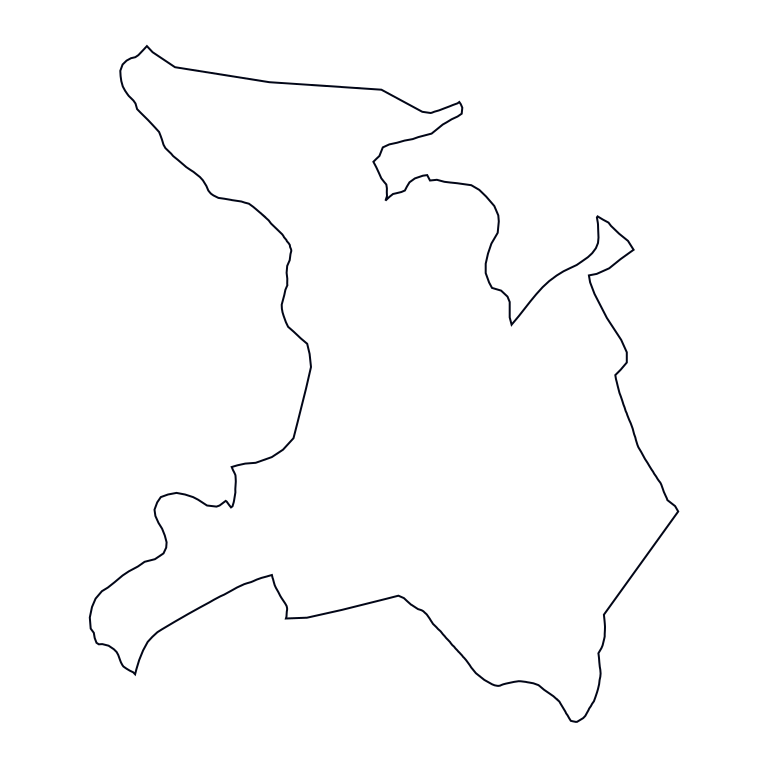 outline of Bois D'Orange, Gros Islet, Saint Lucia
{"feature_id": "8701671B67132891165103", "entity_name": "Bois D'Orange", "entity_type": "district", "adm_level": 2, "iso_a3": "LCA", "parent_name": "Saint Lucia", "parent_adm1": "Gros Islet", "projection": "natural_earth1", "projection_center": [-60.96, 14.059], "detail": "fine", "context": "isolated", "style": "outline", "palette": "ink", "viewbox_px": 768, "rotation_deg": 0, "n_neighbors": 0, "source": "geoboundaries", "source_scale": "gbopen_adm2", "svg_char_len": 6101}
<svg xmlns="http://www.w3.org/2000/svg" viewBox="0 0 768 768"><path d="M630.7,423.2L629.2,419.9L627.3,415.1L626.7,413.2L625.7,411.1L624.5,407.2L623.5,404.7L622.3,400.8L620.8,396.4L619.5,393.0L617.8,386.4L616.7,381.8L616.0,379.2L615.3,375.1L620.6,369.8L626.8,362.5L626.8,352.3L621.2,339.9L606.9,318.0L594.5,293.9L590.1,282.3L588.9,275.4L596.7,273.9L609.2,268.3L620.6,259.1L630.9,251.7L633.6,249.8L628.0,240.9L619.1,233.7L611.0,225.9L608.5,222.6L603.1,219.7L597.6,216.4L596.9,217.4L597.8,222.7L598.0,224.4L598.2,230.3L598.5,237.6L598.0,243.0L595.9,248.2L592.2,253.2L587.9,257.2L582.2,261.2L576.7,265.0L569.9,268.2L563.5,271.3L556.7,275.5L549.3,281.0L542.6,287.2L536.2,294.3L530.5,301.2L518.8,316.1L512.0,324.2L511.6,324.7L509.7,317.4L509.7,302.0L507.5,296.6L501.1,290.6L492.0,287.9L489.1,282.5L485.7,273.1L485.7,263.7L488.0,253.6L491.4,243.6L497.7,232.8L498.8,221.4L498.3,215.4L494.3,206.0L486.2,196.6L479.3,189.9L471.3,185.2L457.0,183.2L450.1,182.5L444.4,181.8L436.9,179.8L430.0,180.5L427.2,175.1L422.9,175.7L414.9,178.4L409.5,182.3L406.9,186.6L404.9,190.5L401.4,192.0L396.5,193.2L393.0,194.0L389.5,196.8L385.5,200.6L387.0,196.1L386.8,192.3L386.9,188.3L386.3,184.5L384.2,182.0L381.3,178.3L378.9,172.9L376.3,167.3L373.4,161.8L376.4,158.8L379.4,156.0L381.3,151.2L382.8,147.4L389.3,144.4L397.2,142.7L404.5,140.6L412.7,139.1L418.3,137.1L431.6,133.6L442.8,124.5L446.7,122.3L451.6,119.3L457.6,116.5L461.7,113.7L462.3,107.7L460.8,104.2L459.3,102.0L457.6,103.3L452.9,105.0L449.5,106.4L444.7,108.2L439.0,110.4L434.4,111.7L431.9,112.7L430.6,113.0L422.3,111.8L381.4,89.7L269.4,82.2L175.0,67.2L152.6,52.2L146.9,46.1L142.8,50.5L138.3,55.2L135.3,57.2L131.0,58.2L126.6,60.6L122.6,64.5L120.3,70.8L120.6,76.1L121.3,81.1L122.8,86.5L125.2,90.9L127.6,94.4L128.8,96.0L133.4,100.5L135.5,103.5L137.1,109.1L140.5,112.6L148.1,120.1L152.8,125.1L159.1,132.0L160.6,135.8L162.0,139.7L163.5,144.7L165.4,148.1L169.1,151.7L171.2,153.7L173.0,155.9L174.3,157.0L177.9,159.9L186.4,167.2L190.4,169.9L193.5,171.9L196.6,174.4L198.5,175.9L199.9,177.0L202.9,180.3L206.4,186.0L208.3,190.5L209.9,192.5L211.1,193.8L212.1,194.5L213.4,195.4L218.4,197.9L224.1,198.7L231.1,199.9L231.9,200.1L241.4,201.5L244.7,202.6L247.4,203.3L248.9,203.7L253.3,206.9L263.3,215.4L265.7,217.5L261.8,214.2L268.7,220.4L271.0,223.5L282.3,234.4L283.6,236.3L284.0,237.2L286.3,239.9L286.9,241.2L288.8,243.4L289.8,245.0L290.1,247.0L291.1,249.4L291.3,250.9L290.5,254.0L289.7,260.2L287.2,265.9L286.6,272.8L287.3,278.7L287.2,284.2L287.4,285.1L285.4,289.8L284.3,295.0L281.7,304.7L281.9,308.9L282.3,310.9L282.5,312.2L283.6,315.8L285.9,322.2L288.1,326.8L290.4,328.8L293.7,331.7L300.8,338.4L307.2,343.8L309.6,353.9L311.0,367.0L306.1,388.3L297.7,421.8L293.5,438.2L283.0,449.7L271.8,457.1L255.7,462.8L245.2,463.6L237.5,465.3L231.7,467.0L233.0,470.1L233.3,470.7L234.1,472.2L235.3,474.8L235.5,475.7L235.7,479.0L235.8,481.6L235.3,489.2L235.4,492.4L234.1,500.3L233.7,502.3L232.5,506.3L231.0,507.4L228.9,504.7L228.4,504.0L226.7,501.6L225.7,500.9L219.6,505.5L216.5,506.6L207.0,505.5L198.1,499.7L193.1,497.1L185.0,494.5L176.5,492.9L168.0,494.5L160.8,497.1L157.2,502.4L154.5,509.7L155.4,516.0L158.5,522.9L162.1,528.7L164.8,535.5L166.6,542.3L166.2,547.6L163.5,553.4L154.9,559.2L144.6,561.8L137.9,566.5L128.9,571.3L122.6,575.5L114.5,582.3L107.8,587.6L101.9,591.2L95.6,598.6L92.0,607.0L89.8,617.5L90.7,628.6L93.8,632.8L94.7,638.0L96.5,642.8L98.8,644.3L102.3,644.1L108.6,645.7L113.8,649.2L116.6,652.0L118.2,654.9L119.4,658.2L120.1,660.2L121.0,662.5L122.4,665.1L123.4,666.5L126.4,668.6L129.7,670.6L133.2,672.3L135.1,674.3L136.3,669.6L136.8,667.9L139.2,660.0L143.1,650.4L147.7,641.9L152.3,636.9L157.4,632.2L162.0,629.3L174.8,621.7L184.9,615.9L188.0,614.1L199.7,607.6L209.5,602.3L214.0,599.7L220.4,596.3L224.2,594.6L232.2,590.2L237.0,587.5L242.6,584.9L241.0,585.7L244.1,584.2L247.2,583.2L251.0,582.1L253.2,581.2L256.7,579.6L261.5,577.9L267.1,576.4L267.7,576.2L271.9,575.0L272.6,578.0L273.0,579.0L273.8,582.1L274.7,585.2L275.9,587.8L278.4,592.2L280.2,595.8L281.4,597.8L285.2,603.5L286.6,606.0L287.1,608.2L287.1,609.9L286.8,611.5L286.6,614.4L286.5,616.5L285.9,618.5L307.0,617.7L341.9,609.9L386.3,598.8L398.4,595.7L403.9,598.1L407.3,601.3L410.0,603.7L411.1,604.7L411.6,604.9L418.0,609.1L420.3,609.8L421.7,610.3L423.4,611.3L424.6,612.5L426.2,613.9L426.8,614.5L428.9,617.5L429.8,618.8L430.8,620.5L432.0,622.3L433.0,623.9L435.8,626.6L436.7,627.5L437.8,628.8L438.8,629.7L440.6,631.3L442.4,633.6L442.9,634.3L443.6,635.0L444.2,635.7L444.9,636.4L445.6,637.4L446.6,638.5L448.0,639.9L449.6,641.6L450.1,642.1L450.5,642.8L451.5,644.1L452.0,644.7L452.5,645.3L453.6,646.2L453.9,646.5L454.6,647.3L455.1,648.0L455.6,648.6L456.8,649.8L457.7,650.8L458.7,652.0L459.2,652.3L459.5,652.7L460.6,653.9L462.1,655.5L463.1,656.9L463.9,657.6L465.9,659.9L466.5,660.7L467.1,661.5L468.7,663.7L470.0,665.5L470.7,666.7L471.7,668.1L472.5,669.0L472.8,669.4L475.9,673.2L484.3,679.9L492.1,684.3L494.6,685.3L497.2,685.8L498.4,685.9L500.2,685.6L501.4,685.0L503.3,684.3L506.0,683.6L514.0,681.9L518.7,681.2L521.0,681.3L525.8,681.9L526.7,682.1L527.7,682.3L529.0,682.5L531.2,682.9L532.3,683.1L532.8,683.2L533.4,683.3L538.4,685.1L539.1,685.6L544.1,689.8L550.5,694.2L552.5,695.6L553.4,696.2L558.7,701.0L556.4,698.7L559.4,701.6L560.4,703.4L565.4,711.7L566.1,713.3L567.1,714.7L567.5,715.2L569.1,718.1L570.8,720.8L572.8,721.3L575.9,721.9L577.1,721.8L583.2,718.1L585.3,715.9L586.5,713.7L588.4,710.3L589.2,708.5L590.9,706.1L592.1,703.8L593.9,701.3L595.4,697.2L597.1,692.1L598.0,689.0L599.1,684.3L599.6,680.0L600.3,676.8L600.6,673.5L600.3,669.7L599.8,666.9L599.3,662.0L599.0,658.0L598.6,654.5L598.4,653.3L601.4,648.2L602.6,645.4L604.3,638.4L604.7,636.5L604.7,634.0L604.9,630.3L605.0,626.8L604.8,623.7L604.5,620.3L603.9,614.7L678.2,511.5L675.1,506.1L667.4,500.1L666.8,498.3L665.9,496.4L665.3,495.1L663.8,491.8L662.9,489.1L661.9,486.3L661.3,484.6L660.3,482.6L659.1,481.1L657.8,479.3L657.0,478.0L656.2,476.6L654.2,473.8L653.0,471.6L651.6,469.6L649.5,466.2L647.5,462.8L645.0,459.0L641.1,451.8L638.4,447.3L637.4,444.8L636.6,442.2L635.9,439.9L635.3,437.4L634.1,434.1L632.7,428.7L631.8,426.2L630.7,423.2Z" fill="none" stroke="#020617" stroke-width="2"/></svg>